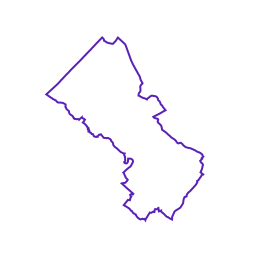 Bang Bo, Samut Prakan, Thailand, rotated 294°
{"feature_id": "78962969B88692242384139", "entity_name": "Bang Bo", "entity_type": "district", "adm_level": 2, "iso_a3": "THA", "parent_name": "Thailand", "parent_adm1": "Samut Prakan", "projection": "albers", "projection_center": [100.852, 13.588], "detail": "fine", "context": "isolated", "style": "outline", "palette": "violet", "viewbox_px": 256, "rotation_deg": 294, "n_neighbors": 0, "source": "geoboundaries", "source_scale": "gbopen_adm2", "svg_char_len": 5801}
<svg xmlns="http://www.w3.org/2000/svg" viewBox="0 0 256 256"><g transform="rotate(294 128 128)"><path d="M185.8,62.5L181.2,60.8L179.4,60.2L179.0,59.9L178.6,59.9L174.9,58.5L170.2,56.9L158.2,52.3L153.8,50.8L151.2,49.8L149.4,49.2L147.8,48.6L146.1,48.1L144.7,47.5L140.9,46.3L138.6,45.4L125.7,39.8L125.5,39.7L124.4,45.3L124.3,46.6L123.9,47.5L124.0,48.6L123.8,49.7L123.9,50.6L122.8,53.2L122.9,53.9L123.7,55.8L124.4,58.1L124.4,58.8L124.2,61.1L124.1,61.4L123.4,61.8L122.9,62.0L121.9,62.1L121.5,63.0L120.4,63.9L120.3,64.3L119.9,65.3L119.5,66.8L119.4,67.1L118.9,67.5L117.9,68.1L117.2,69.0L116.9,69.7L116.7,71.3L116.1,73.1L115.5,73.6L115.3,74.3L114.8,74.5L114.6,75.1L114.6,75.7L114.9,76.5L115.0,77.2L115.7,78.4L115.9,78.9L115.9,79.2L115.6,79.9L116.3,80.1L118.4,81.2L119.1,81.5L118.8,81.7L118.3,84.2L118.4,84.5L118.1,85.3L114.6,84.6L114.4,85.7L114.4,86.2L113.9,87.5L112.9,89.8L112.6,89.8L112.3,90.5L111.8,92.0L111.0,91.7L110.9,92.1L110.4,92.1L110.4,92.3L110.4,92.8L110.4,93.1L109.9,93.7L109.5,93.6L109.3,93.2L109.2,93.1L108.9,93.1L108.6,93.3L108.8,94.0L108.5,94.8L108.4,95.0L108.7,95.4L108.7,95.5L108.4,96.0L108.3,96.5L107.9,96.9L107.7,97.3L107.9,97.9L108.1,98.6L107.6,99.0L107.3,99.5L106.7,100.0L106.6,100.3L106.6,100.8L106.6,101.7L106.7,102.0L107.1,102.4L107.1,103.0L107.6,103.2L107.6,103.6L107.7,103.9L108.1,103.8L108.7,103.9L109.4,104.0L109.7,104.2L110.2,104.5L110.3,104.9L110.7,105.1L110.8,105.4L111.1,105.6L111.2,106.0L110.8,106.6L109.5,109.1L109.2,109.5L109.2,109.8L109.3,110.5L109.8,111.5L109.9,112.4L110.6,113.3L110.7,113.6L110.8,114.4L110.6,115.2L110.6,116.1L110.5,116.5L110.2,117.2L109.5,117.7L109.4,117.8L108.5,119.9L108.1,120.4L106.5,121.5L105.7,122.9L105.5,123.3L105.2,124.3L105.1,125.4L103.1,131.0L103.0,133.8L103.1,134.6L103.3,135.3L102.6,135.3L101.7,135.5L101.2,136.0L100.9,136.6L100.4,137.0L98.3,138.1L97.9,138.2L97.6,138.5L97.2,138.7L96.7,138.8L96.1,138.7L95.6,138.4L95.3,138.4L95.0,138.6L94.8,138.8L94.7,139.0L94.7,139.6L94.9,140.7L95.2,141.2L95.6,141.4L96.4,141.6L97.2,141.6L98.5,141.2L100.1,140.6L101.1,143.0L101.1,143.5L100.9,144.6L100.7,145.1L100.5,145.4L99.5,146.2L99.0,146.3L98.0,146.3L97.3,146.2L95.8,146.2L94.2,146.0L93.5,145.8L92.7,145.2L89.3,143.5L85.3,141.9L85.1,142.4L84.5,143.2L83.5,144.2L82.4,145.5L81.9,145.9L81.5,146.7L81.1,147.7L80.6,148.8L79.4,148.7L77.9,148.1L77.2,148.0L76.8,147.7L75.2,145.2L74.8,144.8L73.7,148.2L72.5,151.7L72.1,153.1L70.1,159.6L69.1,159.4L69.0,158.0L68.2,157.3L67.9,157.1L67.7,157.2L67.4,157.5L66.9,158.0L66.6,158.9L64.4,158.6L63.9,159.0L63.4,159.1L62.8,159.1L62.7,158.7L62.3,157.8L62.3,157.2L55.8,155.5L55.6,157.0L55.4,159.1L55.0,161.7L54.4,163.1L53.7,164.3L53.6,164.8L53.7,165.3L53.7,165.5L52.5,167.0L52.4,167.4L52.3,167.9L52.4,168.3L52.1,169.7L52.1,170.4L51.5,170.8L51.1,171.5L50.6,172.2L50.1,173.2L50.0,173.5L50.0,174.0L49.7,174.4L49.7,175.4L49.5,175.9L49.5,176.5L50.9,178.0L51.0,178.2L50.9,178.9L51.4,179.7L51.6,179.9L51.4,180.4L50.9,181.3L51.3,181.2L56.1,181.8L59.6,182.3L59.7,183.0L60.0,183.8L61.6,184.8L61.7,185.0L61.8,185.3L61.7,185.9L61.9,186.3L62.1,186.3L62.3,186.3L63.6,185.7L64.9,185.7L65.0,185.8L65.3,187.0L65.7,187.8L65.8,187.9L66.3,187.9L66.6,188.0L67.0,188.0L67.3,188.3L66.3,188.9L65.5,189.6L64.8,189.8L64.4,190.1L64.5,190.2L66.0,191.8L65.6,191.9L65.4,192.2L65.1,192.4L64.8,193.0L64.8,193.5L64.5,194.0L64.5,194.8L64.3,195.1L64.2,195.6L62.7,199.3L62.8,200.1L62.7,200.6L62.8,200.8L62.6,202.2L62.4,202.9L62.3,205.4L64.9,204.5L70.5,204.5L70.9,204.6L71.7,205.0L75.9,207.8L76.6,208.2L81.4,208.9L82.2,208.8L84.1,208.2L85.1,207.9L87.8,207.7L88.1,207.8L88.2,208.2L88.5,208.4L89.2,209.3L89.5,209.3L90.1,209.0L91.4,208.9L92.0,209.0L93.1,209.2L94.7,209.9L95.8,210.5L103.8,213.1L106.6,213.4L107.0,213.2L107.4,212.8L107.5,212.7L107.8,212.7L108.8,213.4L109.2,213.6L111.2,213.9L113.2,214.4L114.9,214.5L115.4,214.7L115.6,214.8L115.8,215.2L116.0,215.4L115.8,216.3L116.2,215.8L116.3,215.1L116.4,214.1L116.6,213.7L116.7,213.2L117.0,212.8L117.1,212.3L117.6,212.4L118.2,212.4L118.4,212.2L119.8,212.3L122.1,212.0L123.2,211.7L124.2,211.5L124.9,211.5L125.0,211.4L125.9,210.1L126.0,209.2L127.3,207.3L128.9,207.9L129.3,208.0L130.1,208.3L130.4,207.6L132.5,208.4L132.7,207.7L133.8,206.8L134.0,206.6L134.5,204.7L134.7,203.5L134.5,200.7L134.6,200.0L134.9,198.5L134.9,197.6L134.9,193.7L134.8,192.7L134.4,191.3L134.0,188.6L134.2,187.5L134.6,185.9L134.8,185.3L135.5,184.2L135.7,183.2L135.9,182.6L136.0,182.3L135.8,181.9L134.6,180.5L134.4,180.1L134.4,179.5L134.7,178.6L135.9,176.7L136.4,175.3L137.1,171.1L137.7,169.7L137.8,169.2L138.1,168.3L138.6,166.6L139.2,165.0L139.7,163.0L139.9,161.7L140.1,160.9L140.1,160.3L140.3,159.9L140.6,159.6L141.3,159.2L142.4,158.4L143.8,157.2L143.9,156.9L144.9,154.1L145.4,153.0L145.7,152.7L145.9,152.5L146.3,152.4L147.6,152.3L147.9,152.2L148.2,151.9L148.3,151.6L148.4,151.1L148.0,148.8L148.0,147.8L148.1,147.3L148.5,146.6L148.9,146.9L154.2,151.2L157.7,153.7L159.5,155.1L159.8,154.6L160.5,153.0L161.0,152.2L161.4,151.3L162.4,150.1L162.7,149.0L162.8,148.6L163.4,147.8L164.1,147.3L165.1,146.2L165.6,144.5L166.0,144.0L167.0,143.3L167.3,143.0L168.1,141.5L168.2,140.9L168.2,140.0L167.7,138.4L167.4,137.2L167.3,136.8L166.9,136.2L166.2,135.6L164.5,134.8L163.2,134.0L162.6,133.7L161.8,133.7L161.9,131.6L161.9,131.1L161.6,129.6L161.6,128.6L161.9,125.8L161.9,124.4L163.1,124.0L164.2,123.9L165.1,124.0L166.3,124.3L166.8,124.3L167.2,124.2L167.6,124.0L169.5,123.1L170.5,122.4L171.3,122.3L172.4,122.3L173.4,122.6L174.5,123.1L174.8,123.1L177.2,119.9L179.3,118.3L179.6,118.0L185.9,109.6L187.7,107.2L190.6,103.8L191.5,102.9L196.9,97.7L202.5,92.3L203.0,91.7L203.3,91.3L204.2,88.9L206.5,82.0L202.5,81.3L199.0,80.1L198.8,80.0L198.7,79.9L198.3,78.6L197.7,75.4L197.6,74.3L197.6,73.5L198.0,71.5L198.0,71.1L198.0,70.6L198.6,70.3L199.0,70.0L199.6,69.1L200.2,67.6L192.0,64.6L188.7,63.5L187.0,62.8L185.8,62.5Z" fill="none" stroke="#5b21b6" stroke-width="2"/></g></svg>